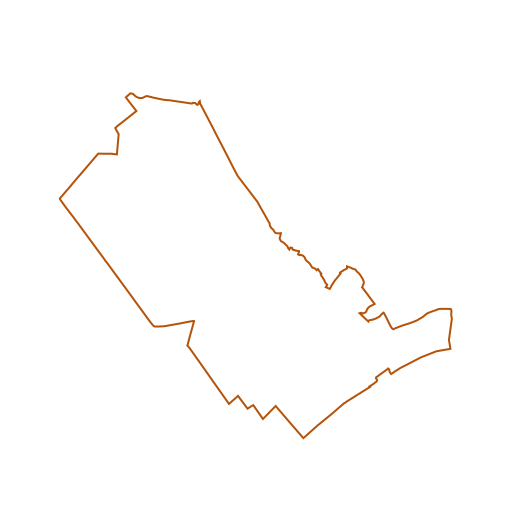 Cosmesti, Galati, Romania, rotated 166°
{"feature_id": "2599482B28458527473660", "entity_name": "Cosmesti", "entity_type": "district", "adm_level": 2, "iso_a3": "ROU", "parent_name": "Romania", "parent_adm1": "Galati", "projection": "orthographic", "projection_center": [27.304, 45.847], "detail": "fine", "context": "isolated", "style": "outline", "palette": "amber", "viewbox_px": 512, "rotation_deg": 166, "n_neighbors": 0, "source": "geoboundaries", "source_scale": "gbopen_adm2", "svg_char_len": 5389}
<svg xmlns="http://www.w3.org/2000/svg" viewBox="0 0 512 512"><g transform="rotate(166 256 256)"><path d="M344.3,185.7L343.5,184.3L343.0,183.5L342.6,182.4L341.5,179.7L340.8,177.7L340.0,175.8L318.0,119.0L307.3,124.6L301.1,109.9L298.8,110.7L296.9,111.4L294.7,111.9L288.7,96.2L274.7,104.8L273.2,105.7L263.6,86.5L254.1,67.8L237.2,76.7L219.5,85.0L219.0,85.3L206.0,91.9L205.5,91.8L203.3,92.8L181.6,99.9L177.8,101.1L177.0,101.4L177.4,102.0L172.6,103.6L172.3,103.8L171.0,104.4L170.8,104.5L170.5,104.6L169.5,104.9L169.3,105.2L168.8,105.7L168.7,105.9L168.6,106.2L168.7,106.9L169.0,107.7L169.1,108.3L169.1,108.7L168.9,109.1L168.4,109.4L167.9,109.5L166.7,110.0L165.5,110.5L159.1,113.1L155.6,114.5L155.1,114.9L154.7,114.5L154.2,113.5L154.3,113.0L154.4,112.0L154.3,111.3L154.1,110.5L153.4,108.8L148.2,110.7L142.7,112.5L120.2,117.8L104.1,119.9L89.8,118.9L89.1,127.9L84.4,139.6L82.5,144.3L81.2,147.6L81.1,148.6L80.9,150.5L80.8,151.8L80.0,154.2L79.7,155.5L79.6,156.5L79.6,157.0L79.8,157.3L80.5,157.7L89.8,160.1L90.8,160.2L92.2,160.3L92.9,160.2L94.1,159.9L94.8,159.9L95.5,159.8L96.5,159.8L99.6,159.5L102.6,159.1L103.9,158.8L105.0,158.3L108.2,156.9L109.2,156.4L109.8,156.2L111.4,155.8L113.7,155.1L114.9,154.7L115.2,154.6L116.8,154.4L118.6,154.1L122.0,153.7L125.0,153.4L126.4,153.4L129.1,153.2L130.8,153.1L131.9,153.0L134.2,152.7L138.2,152.2L139.5,151.9L140.5,151.7L141.0,152.3L141.7,153.2L142.0,154.0L142.5,155.8L143.5,160.3L144.4,164.6L145.3,168.1L145.7,169.7L146.0,170.2L147.7,169.4L149.2,168.5L150.3,167.7L150.8,167.4L152.4,166.9L153.7,166.7L154.6,166.4L155.3,166.3L157.1,166.1L158.5,166.0L160.7,166.2L161.4,166.2L162.0,166.1L162.3,166.0L162.5,165.6L162.8,165.2L164.5,167.8L166.4,170.8L167.8,173.0L169.3,175.4L168.8,175.4L168.1,175.5L167.7,175.4L167.2,175.2L166.9,174.9L166.5,174.5L166.1,174.4L165.3,174.4L164.0,174.7L163.5,174.8L163.1,174.9L162.2,175.7L161.8,176.5L161.5,176.9L160.9,177.5L159.9,178.3L159.4,178.8L158.5,179.2L157.2,179.7L155.9,179.9L154.4,180.3L152.5,180.8L153.9,184.1L156.0,189.1L157.8,193.5L158.8,195.7L160.2,199.2L160.7,199.8L160.3,200.2L159.0,202.2L158.1,203.4L157.8,204.1L157.7,204.6L157.7,205.5L157.9,207.0L158.1,208.3L158.5,209.3L159.0,211.1L159.5,212.4L160.1,213.7L160.7,215.0L161.2,215.6L161.7,216.2L162.0,216.8L162.2,217.2L162.4,217.9L162.6,218.6L164.6,220.0L165.0,220.1L165.7,220.6L166.3,221.1L166.5,221.4L167.0,221.8L168.5,222.8L170.2,223.9L170.7,221.9L171.7,221.6L173.1,221.3L174.0,221.2L175.5,220.6L178.6,219.6L178.7,219.4L178.3,218.4L180.3,217.0L182.3,215.4L184.0,214.2L186.3,212.4L187.6,211.1L189.4,209.5L190.6,208.1L192.4,206.2L195.8,208.9L194.1,210.5L193.9,210.9L194.2,211.5L194.6,212.2L195.0,212.8L195.2,213.4L195.3,214.2L195.6,215.6L195.7,216.5L196.2,217.5L196.4,218.4L196.7,219.5L197.2,220.4L197.4,221.3L197.6,222.7L196.9,223.1L197.1,223.6L197.6,224.7L198.0,225.6L198.5,226.6L198.7,227.6L199.0,228.3L200.6,227.5L201.5,229.3L204.2,231.2L205.8,235.9L208.1,239.1L208.6,240.1L208.9,240.9L208.9,241.9L208.9,242.3L209.3,243.1L209.4,243.4L209.7,243.9L210.4,245.1L212.7,246.4L213.3,246.3L213.7,246.4L214.8,247.4L214.4,248.1L213.7,248.9L213.6,249.1L213.2,249.8L213.1,250.1L213.1,250.4L214.0,250.7L215.1,251.2L215.7,251.5L216.2,251.6L216.7,252.1L217.1,252.4L217.7,252.6L218.2,252.8L218.6,253.1L218.9,253.6L219.0,253.9L219.0,254.3L218.9,254.6L218.9,254.8L218.9,255.0L219.0,255.1L219.2,255.3L219.5,255.3L219.9,255.4L220.3,255.8L220.5,255.9L220.9,255.6L221.2,255.4L222.1,254.2L222.4,254.8L222.7,255.4L222.9,255.8L223.0,256.6L223.1,257.3L223.2,257.9L223.5,258.4L225.8,262.0L226.3,262.6L227.4,263.6L227.9,264.1L228.3,264.8L228.4,265.3L228.7,266.2L228.8,266.9L228.8,267.5L228.1,268.6L226.6,271.4L226.3,272.1L226.9,272.3L228.1,272.4L229.4,272.7L230.0,272.9L231.6,273.7L232.4,275.4L233.1,277.8L234.0,278.8L234.5,279.7L234.7,280.7L235.2,281.8L234.9,284.4L235.3,285.5L237.7,294.3L239.1,299.2L241.6,308.5L242.3,310.0L245.9,318.4L254.3,337.8L256.3,345.6L259.2,358.2L261.6,368.4L263.9,378.0L265.7,385.6L266.4,388.9L269.8,403.0L273.3,417.3L273.1,419.8L273.7,419.4L273.8,419.4L274.2,419.2L275.4,417.0L276.6,416.9L278.0,419.2L278.3,419.3L280.1,419.9L280.5,419.8L281.3,419.4L292.0,423.8L302.7,428.2L305.7,429.1L306.1,429.3L308.6,430.3L313.0,432.4L314.6,433.2L318.1,434.9L319.1,435.6L321.0,436.4L321.7,437.0L323.9,437.7L328.2,436.8L330.9,437.5L332.6,438.6L333.8,439.6L334.5,440.6L335.4,441.8L335.9,442.9L336.7,443.3L338.5,444.2L343.5,441.7L343.9,441.3L343.8,441.2L341.8,436.5L337.0,425.6L349.7,419.8L354.8,417.5L356.2,416.9L358.9,415.7L359.3,415.5L360.7,414.7L361.0,414.5L361.6,414.2L360.2,408.8L359.8,407.6L360.1,406.5L361.9,401.3L366.4,388.2L371.6,390.2L380.3,392.4L380.9,392.6L383.6,393.3L384.3,393.5L385.0,393.0L385.9,392.4L386.3,392.1L393.2,387.2L404.3,379.3L404.7,379.0L410.3,375.1L417.5,369.9L419.5,368.4L432.4,359.3L432.4,358.4L431.2,355.3L430.2,352.8L429.4,350.7L425.8,342.4L425.0,340.5L423.9,338.1L422.7,335.1L422.6,334.7L421.3,331.8L420.4,329.8L419.8,328.2L410.3,305.0L406.3,295.3L404.5,291.0L403.2,287.5L403.1,287.3L403.0,287.1L402.8,286.7L402.3,285.7L401.2,283.0L385.2,243.8L384.0,240.7L383.9,240.4L383.8,240.1L383.6,239.6L383.2,238.9L382.7,237.6L381.2,233.9L376.0,221.0L374.7,218.0L374.2,216.8L373.9,216.1L373.7,215.7L372.6,213.4L371.7,212.2L369.8,211.7L368.4,211.3L362.9,210.2L360.7,209.9L357.3,209.7L354.0,209.5L347.0,209.0L335.3,208.4L331.9,208.0L331.9,207.7L340.9,191.8L343.0,187.9L343.7,186.6L344.0,186.1L344.3,185.7Z" fill="none" stroke="#b45309" stroke-width="2"/></g></svg>